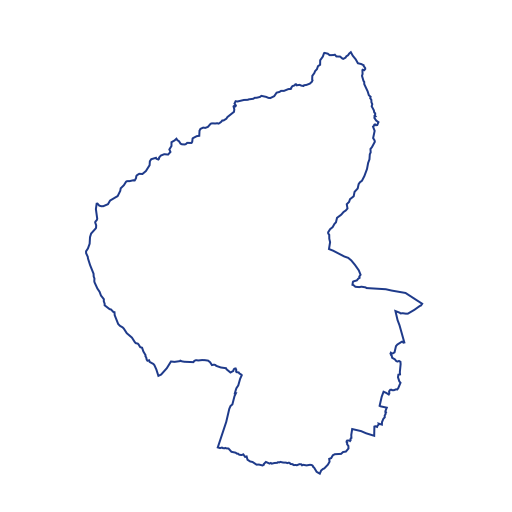 Buda, Buzau, Romania, rotated 95°
{"feature_id": "2599482B42882340443121", "entity_name": "Buda", "entity_type": "district", "adm_level": 2, "iso_a3": "ROU", "parent_name": "Romania", "parent_adm1": "Buzau", "projection": "natural_earth1", "projection_center": [26.899, 45.501], "detail": "fine", "context": "isolated", "style": "outline", "palette": "blue", "viewbox_px": 512, "rotation_deg": 95, "n_neighbors": 0, "source": "geoboundaries", "source_scale": "gbopen_adm2", "svg_char_len": 6082}
<svg xmlns="http://www.w3.org/2000/svg" viewBox="0 0 512 512"><g transform="rotate(95 256 256)"><path d="M266.1,425.7L268.0,425.5L271.5,423.5L273.0,423.2L279.5,420.5L287.8,416.3L290.6,415.9L292.5,415.0L295.2,414.9L296.4,414.5L302.2,411.2L305.3,408.7L308.9,407.0L312.3,403.8L314.3,403.7L316.8,402.6L318.3,402.5L321.7,397.2L321.9,395.8L324.2,393.2L324.3,392.1L327.3,391.6L335.7,387.4L337.4,385.5L338.7,382.7L339.8,381.4L344.2,378.0L348.1,372.5L352.4,369.2L353.3,368.2L353.6,366.1L354.2,365.4L356.9,363.4L357.3,361.5L360.9,359.9L364.4,357.4L365.5,357.4L366.7,356.5L368.7,355.9L369.8,355.0L369.2,353.4L370.8,352.7L372.5,348.8L373.6,347.7L377.7,345.4L383.9,342.8L382.4,340.2L375.6,335.1L368.5,331.5L368.6,328.0L367.3,322.4L366.9,322.2L367.4,320.6L367.6,318.1L367.2,309.1L366.1,308.5L365.3,307.4L365.0,306.5L365.1,304.4L364.4,300.8L364.2,298.1L364.4,294.6L365.9,292.4L368.5,290.4L367.9,288.3L368.2,286.8L368.9,286.1L370.1,281.4L370.4,276.1L371.4,275.5L374.3,271.3L372.5,268.6L370.9,268.3L370.1,267.6L369.8,266.5L371.3,265.7L372.5,265.8L373.4,265.3L373.5,263.1L374.4,262.4L375.6,260.0L376.0,259.8L379.7,261.1L386.5,262.4L389.4,264.0L391.0,264.4L394.6,265.1L394.5,264.1L397.5,265.2L405.9,266.6L407.6,268.3L410.6,269.3L423.9,271.2L450.0,277.4L450.5,275.1L449.8,273.2L450.3,272.2L450.3,270.6L449.9,269.9L450.2,268.9L450.2,266.6L453.2,263.4L453.7,259.2L454.6,257.7L454.5,256.7L455.3,255.6L455.5,254.6L455.5,252.8L454.7,251.4L457.1,249.3L456.5,247.9L459.7,246.7L461.2,243.9L461.5,241.5L463.8,237.3L463.5,234.9L464.1,231.2L463.2,230.0L462.6,230.1L460.3,228.2L461.6,224.4L460.9,223.2L461.5,222.2L460.6,219.6L460.2,216.9L459.5,216.1L459.6,214.8L459.0,213.8L459.4,210.9L459.2,208.2L459.6,206.7L459.0,205.2L459.6,203.9L460.2,203.5L460.2,201.3L460.9,200.6L461.0,200.0L460.7,198.1L460.9,197.1L459.6,194.6L459.6,192.7L460.5,191.9L459.9,190.8L460.2,187.4L459.3,184.0L459.4,182.3L460.0,181.2L461.1,180.7L461.7,179.7L465.7,176.8L467.3,173.5L464.0,172.4L462.3,170.7L461.7,169.5L457.6,166.2L454.5,164.8L451.7,165.4L450.8,163.5L447.8,162.1L446.6,160.2L445.7,154.0L443.7,152.2L443.0,149.4L439.7,147.1L437.2,147.4L435.6,148.8L434.0,148.9L433.8,149.4L432.7,149.6L431.9,149.1L431.7,146.8L432.1,146.2L431.3,145.7L429.9,145.9L429.1,145.5L428.9,145.1L426.0,145.5L420.0,145.1L421.3,136.0L423.0,130.9L424.8,122.6L415.6,123.2L415.2,122.3L415.7,120.5L414.5,120.2L413.0,118.9L412.3,119.2L413.0,115.9L410.5,116.0L407.0,114.9L405.5,113.7L403.8,113.9L401.9,113.1L400.8,113.4L400.3,112.9L399.4,113.6L395.7,112.5L394.9,118.8L394.5,119.8L385.2,118.5L380.1,117.1L381.0,114.4L382.4,111.7L381.3,111.2L379.2,111.6L377.6,110.6L377.4,109.4L377.8,108.8L377.7,107.0L376.6,104.8L376.7,103.7L375.3,102.8L369.7,101.0L368.4,102.3L364.4,104.0L361.8,103.8L361.4,102.2L359.1,102.6L351.1,102.5L348.8,102.9L348.1,104.4L348.8,105.8L348.7,106.4L348.3,107.3L346.9,108.6L345.5,111.5L343.5,112.1L343.1,112.7L342.4,112.7L341.6,113.5L340.6,113.2L341.2,112.3L341.2,111.4L339.9,109.6L333.6,108.7L331.9,107.5L328.7,103.3L328.6,102.6L329.5,101.6L329.2,100.7L312.5,107.0L307.5,109.4L298.7,112.3L300.0,107.8L300.6,107.0L300.2,104.8L300.4,101.6L300.2,99.7L295.8,93.5L291.6,88.6L290.9,87.3L289.1,86.3L279.8,103.8L278.6,117.9L277.8,123.8L278.3,143.1L277.7,144.1L277.4,148.3L278.0,150.4L278.0,154.3L276.5,156.4L276.3,157.4L273.4,157.2L272.9,156.9L271.5,153.4L269.7,152.2L268.7,150.9L267.5,151.3L265.6,150.2L261.4,152.3L256.4,156.5L252.1,160.7L249.8,164.0L248.8,168.0L244.0,179.6L242.7,183.9L235.8,183.4L232.4,184.5L228.5,184.9L227.3,186.0L226.1,186.2L222.8,184.5L220.6,182.2L217.1,180.6L215.5,179.3L210.9,178.6L207.4,174.7L204.5,172.6L202.8,170.5L200.7,169.0L196.5,170.1L194.0,168.0L191.2,167.3L188.0,163.9L183.5,163.4L179.9,160.6L175.4,160.0L173.5,158.9L171.8,157.0L166.9,155.0L159.6,153.0L153.5,152.4L149.8,151.4L144.8,151.5L142.7,150.8L139.4,151.3L137.5,150.0L131.9,147.6L130.6,147.9L128.3,149.6L121.0,148.7L116.9,150.7L115.9,149.8L114.9,149.6L114.5,148.9L115.3,147.9L114.9,146.6L112.0,145.7L110.6,148.1L108.1,150.1L106.9,150.1L106.5,149.2L105.8,150.0L105.3,149.6L103.5,149.7L102.7,150.7L100.6,151.3L96.8,153.8L94.6,153.4L92.8,154.4L90.4,154.7L88.8,156.0L87.4,155.7L86.0,157.6L82.3,159.1L75.4,163.1L73.1,163.4L72.2,164.2L67.3,166.1L65.4,165.7L61.5,166.2L61.1,165.9L61.5,164.4L60.2,163.5L59.3,163.6L57.3,165.3L56.6,165.4L55.6,167.9L55.1,171.3L51.4,173.8L48.0,177.1L44.7,179.3L46.2,180.8L48.0,181.8L49.2,183.4L50.6,184.1L52.0,186.2L51.8,187.1L50.0,189.6L50.2,193.3L48.6,195.0L49.1,196.5L49.5,200.2L48.2,202.1L47.7,205.4L48.0,205.9L51.5,206.8L55.4,209.1L59.9,208.8L61.5,210.8L64.6,211.6L66.6,213.2L68.8,213.9L71.6,215.6L75.5,215.4L76.0,215.0L77.5,215.5L79.6,217.4L81.2,220.7L81.7,223.0L82.5,223.5L82.3,225.8L81.7,227.5L82.4,230.3L81.5,230.9L81.5,231.7L82.7,232.5L83.6,234.5L85.3,235.6L86.3,235.6L86.6,236.1L86.9,238.3L89.1,242.6L89.3,245.4L90.5,246.9L91.5,249.7L95.2,251.8L97.4,255.5L97.4,257.4L96.6,259.8L96.0,264.6L97.2,265.9L98.3,269.1L98.5,271.0L99.6,272.4L100.6,276.9L101.1,277.7L101.6,281.6L103.7,287.9L103.6,289.8L106.0,290.7L107.8,289.2L108.3,289.3L108.8,289.6L108.5,291.0L108.9,291.4L111.8,290.4L114.3,290.5L120.1,296.6L121.8,297.5L123.8,300.1L123.9,301.4L125.3,302.3L127.0,304.2L127.4,305.0L127.1,306.3L127.5,307.6L127.7,311.4L128.2,312.7L131.6,315.2L132.8,317.7L132.7,319.8L134.2,322.4L136.1,323.2L141.2,323.0L141.8,325.5L144.1,329.1L144.5,329.4L147.8,329.5L149.0,330.1L149.3,334.4L150.7,335.7L151.1,336.8L151.2,339.5L150.7,340.9L148.3,342.8L147.5,344.4L146.1,345.5L148.0,347.2L150.0,350.1L153.8,349.8L157.4,351.6L159.8,350.3L162.6,352.4L162.6,356.3L164.2,359.5L166.4,361.1L167.6,361.1L168.4,361.7L167.8,363.7L166.9,364.2L168.7,368.8L170.9,370.0L174.8,369.9L181.0,373.1L184.2,376.3L184.3,379.5L185.7,381.4L186.8,382.2L188.9,382.3L191.3,383.4L191.5,384.2L191.2,384.7L192.4,388.3L192.7,391.0L193.3,391.9L197.0,393.8L200.4,396.7L202.9,396.9L208.3,399.0L213.5,406.2L217.3,408.0L219.7,412.5L219.9,414.3L219.5,416.5L217.6,418.5L217.8,419.3L223.2,419.6L232.8,417.4L234.2,417.8L235.8,419.0L236.7,419.1L239.3,417.9L241.7,417.8L242.4,418.0L248.0,422.2L251.7,423.0L258.3,422.8L263.2,424.1L266.1,425.7Z" fill="none" stroke="#1e3a8a" stroke-width="2"/></g></svg>